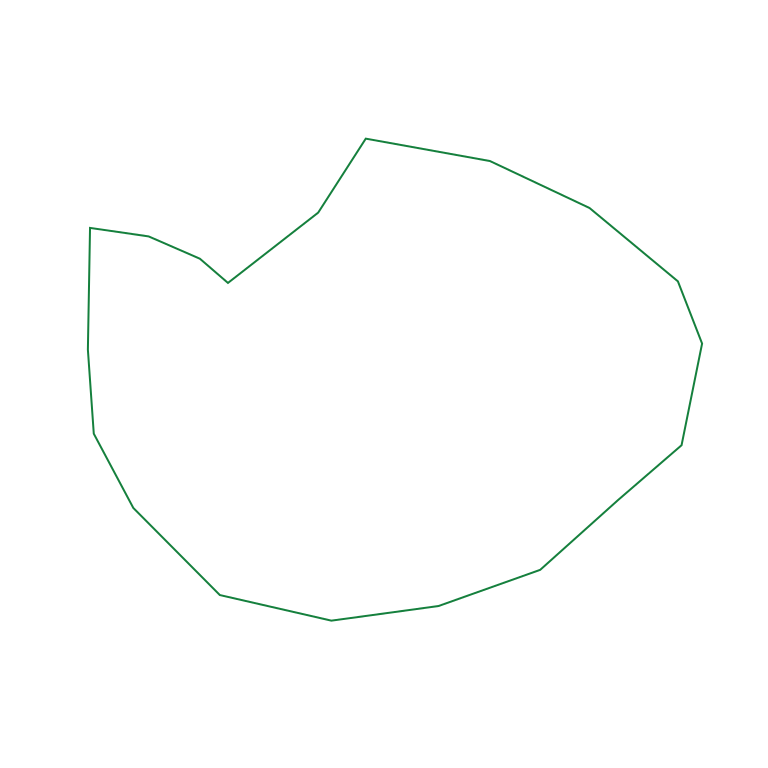 an SVG outline of Ville de N'Djamena, rotated 97°
{"feature_id": "TCD-4857", "entity_name": "Ville de N'Djamena", "entity_type": "Capital", "adm_level": 1, "iso_a3": "TCD", "parent_name": "Chad", "parent_adm1": "", "projection": "natural_earth1", "projection_center": [15.064, 12.118], "detail": "fine", "context": "isolated", "style": "outline", "palette": "green", "viewbox_px": 768, "rotation_deg": 97, "n_neighbors": 0, "source": "natural_earth", "source_scale": "10m", "svg_char_len": 403}
<svg xmlns="http://www.w3.org/2000/svg" viewBox="0 0 768 768"><g transform="rotate(97 384 384)"><path d="M264.9,694.8L266.2,635.6L282.1,582.0L302.7,551.2L221.9,470.2L142.7,432.0L149.8,306.0L184.3,201.4L246.3,104.8L305.1,73.2L408.5,81.2L470.6,137.5L549.4,206.3L597.7,302.8L625.3,407.4L613.5,521.2L537.6,617.7L468.7,666.0L386.0,682.1L264.9,694.8Z" fill="none" stroke="#15803d" stroke-width="2"/></g></svg>